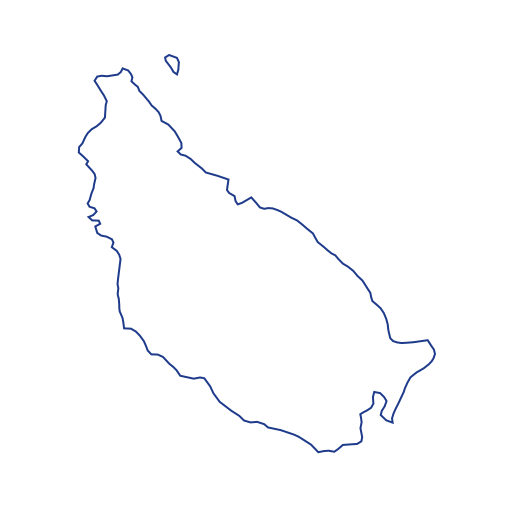 the district of Guimarães, Maranhão, Brazil, rotated 281°
{"feature_id": "56859067B67184949863707", "entity_name": "Guimarães", "entity_type": "district", "adm_level": 2, "iso_a3": "BRA", "parent_name": "Brazil", "parent_adm1": "Maranhão", "projection": "equal_earth", "projection_center": [-44.642, -2.155], "detail": "fine", "context": "isolated", "style": "outline", "palette": "blue", "viewbox_px": 512, "rotation_deg": 281, "n_neighbors": 0, "source": "geoboundaries", "source_scale": "gbopen_adm2", "svg_char_len": 2860}
<svg xmlns="http://www.w3.org/2000/svg" viewBox="0 0 512 512"><g transform="rotate(281 256 256)"><path d="M206.1,440.6L201.3,426.7L199.6,420.5L198.3,415.4L198.1,411.1L198.6,406.9L200.9,403.5L206.5,400.9L209.8,399.6L213.9,398.4L219.0,395.9L224.2,392.5L228.4,388.4L230.8,384.5L234.0,378.8L238.0,376.7L241.6,375.3L244.9,372.1L248.5,368.7L252.2,365.2L255.8,359.4L259.9,354.4L263.0,348.5L265.1,342.7L268.8,337.4L271.8,333.7L272.9,329.7L275.2,325.3L277.9,320.7L281.4,314.0L285.3,310.6L289.0,307.6L292.3,301.3L295.6,295.6L298.8,289.4L300.3,283.5L304.2,272.5L305.2,268.2L305.9,263.3L305.4,259.0L303.9,255.0L304.4,250.6L308.5,245.6L312.6,240.2L309.7,236.9L305.4,232.0L303.2,228.2L306.1,225.4L310.7,223.5L312.7,217.6L315.3,214.9L325.8,214.4L327.4,202.7L328.4,190.8L331.5,186.3L335.7,178.1L338.8,173.3L341.0,167.7L341.3,162.8L343.7,159.1L347.9,162.3L352.6,161.2L358.2,156.6L362.8,152.5L368.3,144.9L370.6,137.5L375.4,135.5L378.6,133.0L381.3,129.3L383.8,124.9L387.3,121.3L393.1,114.1L395.7,110.1L399.4,107.8L401.3,104.3L403.7,100.4L407.6,100.6L410.5,98.8L413.7,95.2L414.7,89.3L410.8,88.2L407.7,85.7L404.0,75.4L403.5,70.1L401.8,65.9L397.2,64.1L393.4,67.8L388.8,72.0L384.6,76.1L379.5,80.0L375.4,79.7L367.6,80.7L363.0,81.3L357.0,78.1L352.8,74.7L349.2,70.6L344.7,67.5L341.0,66.0L337.3,65.0L333.4,64.1L329.2,61.6L323.8,62.3L320.9,67.2L317.0,73.1L313.6,71.9L308.3,79.1L305.6,82.0L302.0,83.6L295.4,83.4L291.5,83.6L285.8,82.5L279.2,82.0L275.4,80.7L272.6,83.2L272.0,88.4L269.3,91.0L265.1,88.4L262.3,84.2L259.7,88.4L260.7,94.9L257.9,96.9L254.3,92.6L248.3,95.8L246.5,100.2L246.5,105.6L244.9,111.4L242.0,113.5L237.1,112.8L234.5,118.3L231.1,121.5L227.2,123.6L207.8,124.9L202.1,125.4L198.1,127.0L192.0,127.5L187.7,129.5L181.9,131.1L178.6,131.8L175.6,132.8L172.5,134.9L169.5,136.9L165.6,138.4L159.8,140.3L160.8,147.2L158.9,152.5L155.7,157.1L151.1,162.1L146.8,165.1L142.6,167.7L139.5,172.0L140.5,178.4L139.2,183.9L136.1,188.2L133.8,191.3L131.1,196.3L128.7,199.8L124.0,204.5L123.7,218.3L126.1,224.3L126.1,228.6L119.2,236.0L113.1,240.4L105.9,248.2L99.3,261.5L95.9,270.1L92.2,275.7L91.6,282.4L93.4,288.8L92.5,296.1L90.0,300.5L89.8,313.3L87.9,327.5L86.7,332.4L81.4,345.9L75.3,354.6L77.4,359.7L78.7,364.3L78.8,370.2L82.1,373.4L87.1,377.3L89.3,385.4L90.8,391.1L94.2,394.8L98.5,394.8L106.8,391.4L112.9,391.4L117.4,389.9L120.6,388.6L123.2,391.4L125.7,394.6L129.1,398.0L133.6,399.4L139.8,397.7L145.1,398.0L145.1,404.0L141.9,408.8L138.5,411.8L133.0,411.0L127.9,409.0L123.7,408.8L119.6,415.1L118.5,421.9L122.5,420.5L127.9,421.1L132.9,422.3L138.5,423.9L146.9,426.0L150.9,427.0L154.5,427.4L160.8,428.9L166.4,430.8L172.3,435.8L177.8,442.1L182.8,446.4L186.1,448.5L189.5,449.8L194.0,450.4L198.1,448.5L200.6,445.9L206.1,440.6ZM431.6,143.3L435.4,140.6L436.7,132.3L433.5,128.9L430.4,130.2L424.8,136.5L420.9,139.9L419.2,143.8L424.1,144.2L431.6,143.3Z" fill="none" stroke="#1e3a8a" stroke-width="2"/></g></svg>